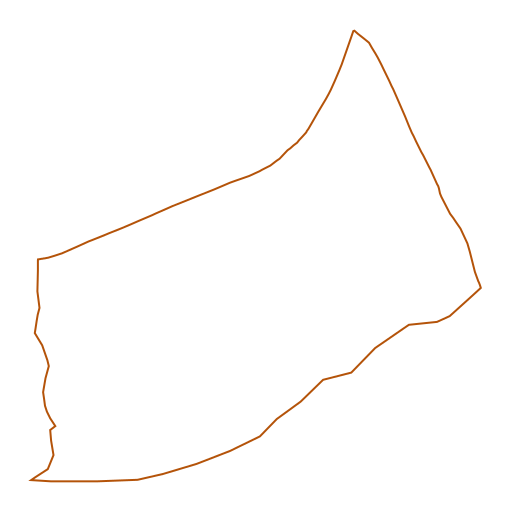 outline of Rodney Heights, Gros Islet, Saint Lucia
{"feature_id": "8701671B40211912929953", "entity_name": "Rodney Heights", "entity_type": "district", "adm_level": 2, "iso_a3": "LCA", "parent_name": "Saint Lucia", "parent_adm1": "Gros Islet", "projection": "mercator", "projection_center": [-60.949, 14.068], "detail": "fine", "context": "isolated", "style": "outline", "palette": "amber", "viewbox_px": 512, "rotation_deg": 0, "n_neighbors": 0, "source": "geoboundaries", "source_scale": "gbopen_adm2", "svg_char_len": 1788}
<svg xmlns="http://www.w3.org/2000/svg" viewBox="0 0 512 512"><path d="M354.4,30.7L353.3,31.1L351.3,36.9L341.7,64.4L339.4,70.1L334.8,80.9L330.8,89.8L328.6,94.1L325.9,99.0L318.3,111.7L312.1,122.5L308.4,128.9L306.8,131.1L306.2,132.4L302.5,136.5L299.2,140.0L297.1,142.7L293.5,145.4L290.3,148.3L287.6,150.2L279.5,158.8L277.1,160.4L275.2,161.8L270.3,165.6L267.1,167.2L262.0,169.8L259.6,171.2L255.0,173.3L252.0,174.7L249.1,176.0L243.1,178.1L235.3,180.8L230.0,182.7L220.9,186.6L213.8,189.6L201.2,194.6L172.7,206.0L169.8,207.3L155.7,213.5L152.1,215.2L138.9,220.8L130.2,224.6L121.7,228.2L109.1,233.2L105.8,234.6L92.1,240.1L88.7,241.4L76.8,246.8L72.7,248.6L61.6,253.5L60.8,253.7L57.2,254.9L54.1,255.9L49.8,257.2L48.2,257.7L46.4,258.0L44.7,258.4L43.9,258.4L42.7,258.7L41.5,258.8L40.0,259.1L38.0,259.4L37.9,260.5L37.9,270.2L37.7,279.1L37.4,291.4L39.5,307.9L37.7,314.8L36.7,320.7L35.5,328.7L34.8,333.1L42.2,345.3L47.4,360.3L48.8,366.1L45.5,378.2L43.1,392.2L44.1,399.0L45.0,405.8L46.9,411.6L50.2,418.3L55.3,426.1L50.2,430.0L51.1,440.6L53.5,455.1L47.8,469.1L35.2,477.3L31.2,480.1L50.4,481.3L78.5,481.3L98.2,481.3L137.6,479.8L162.9,474.0L196.6,463.9L230.4,450.8L237.9,447.1L259.9,436.4L276.8,419.0L300.7,401.6L323.1,379.8L351.3,372.6L375.2,348.0L403.2,328.7L408.9,324.8L437.0,321.9L449.7,316.1L472.2,295.8L480.8,287.9L480.0,285.3L478.9,282.4L478.3,281.3L474.9,271.9L469.8,251.7L467.4,243.4L460.5,228.6L456.0,222.1L453.2,217.9L450.1,213.8L441.4,196.9L440.0,193.5L438.9,188.3L438.2,186.1L437.0,184.0L430.6,169.8L429.3,167.4L423.1,155.1L421.4,152.2L416.0,141.3L413.7,136.3L411.8,132.7L409.1,126.4L405.1,116.5L397.2,98.3L393.2,89.2L391.5,85.9L389.2,80.8L383.4,68.9L381.3,64.5L377.8,57.7L375.4,53.5L371.9,47.8L369.0,42.7L363.6,38.3L358.1,34.0L354.4,30.7Z" fill="none" stroke="#b45309" stroke-width="2"/></svg>